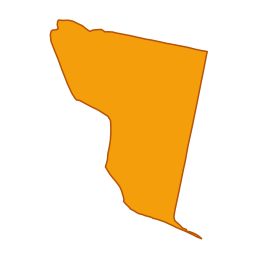 Shat Al-Arab, Al-Basrah, Iraq, rotated 12°
{"feature_id": "34846034B66422309861537", "entity_name": "Shat Al-Arab", "entity_type": "district", "adm_level": 2, "iso_a3": "IRQ", "parent_name": "Iraq", "parent_adm1": "Al-Basrah", "projection": "orthographic", "projection_center": [47.816, 30.719], "detail": "fine", "context": "isolated", "style": "filled", "palette": "amber", "viewbox_px": 256, "rotation_deg": 12, "n_neighbors": 0, "source": "geoboundaries", "source_scale": "gbopen_adm2", "svg_char_len": 1537}
<svg xmlns="http://www.w3.org/2000/svg" viewBox="0 0 256 256"><g transform="rotate(12 128 128)"><path d="M223.4,221.1L220.3,219.3L216.7,217.9L212.9,217.0L209.4,216.6L207.8,216.8L207.0,216.5L206.0,215.1L205.0,214.9L202.4,214.6L197.6,211.5L193.2,209.1L191.4,205.6L191.0,199.5L191.0,184.3L191.0,180.5L190.8,154.6L190.9,148.5L190.4,133.5L190.5,113.9L190.3,88.0L190.2,81.0L190.0,68.2L189.9,56.1L189.7,44.1L189.6,40.8L189.6,36.8L187.4,36.8L183.1,37.0L177.3,37.0L169.5,36.7L152.2,37.0L148.8,37.2L142.1,37.1L133.6,37.1L132.7,37.1L127.0,37.4L110.5,37.2L95.8,37.5L93.0,37.3L88.6,38.0L85.4,38.7L83.3,37.8L81.2,37.2L79.0,37.8L76.5,38.5L73.1,39.6L70.6,41.4L68.9,40.8L65.9,39.4L62.2,37.5L59.7,36.9L56.2,36.1L52.6,35.1L48.9,34.9L47.3,35.1L45.4,35.4L41.9,36.3L37.8,36.8L37.0,38.0L37.3,41.7L38.1,43.3L39.1,45.4L37.2,46.9L33.5,48.1L32.7,49.7L32.6,52.8L34.6,59.1L39.4,66.5L45.4,75.3L50.8,84.0L60.0,97.9L65.6,105.4L70.0,110.0L71.7,111.2L75.3,111.2L80.7,112.8L81.7,113.1L84.1,113.8L87.7,114.8L92.8,116.0L96.2,117.0L97.9,117.7L105.9,120.7L109.3,124.3L110.8,129.6L112.3,136.7L113.3,143.6L113.7,150.8L113.7,157.5L114.5,163.8L114.0,170.7L119.3,176.4L122.1,178.8L125.0,181.1L128.1,183.5L132.3,187.3L134.9,191.0L136.2,193.4L137.5,195.7L139.0,199.1L138.9,200.6L141.6,202.8L146.0,205.5L147.0,206.6L151.7,208.0L155.6,209.4L157.7,209.6L160.5,209.7L163.1,210.2L166.5,210.3L169.9,210.6L171.5,211.2L174.4,211.1L183.3,212.2L190.2,213.8L190.9,213.9L197.2,215.5L204.4,216.8L214.3,219.1L217.7,220.1L223.4,221.1Z" fill="#f59e0b" stroke="#b45309" stroke-width="1.5"/></g></svg>